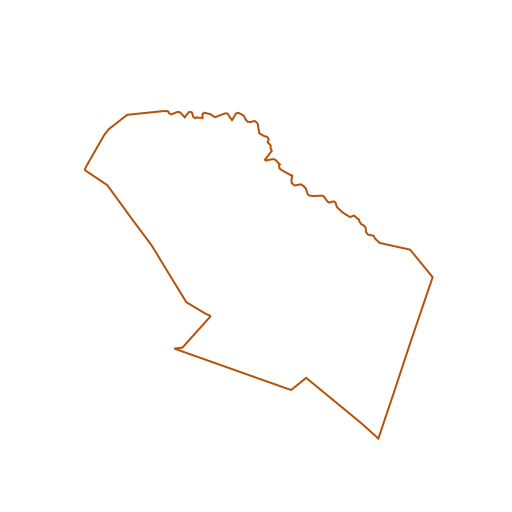 the district of Santo Domingo Tlatayápam, Oaxaca, Mexico, rotated 27°
{"feature_id": "50627088B94948121721133", "entity_name": "Santo Domingo Tlatayápam", "entity_type": "district", "adm_level": 2, "iso_a3": "MEX", "parent_name": "Mexico", "parent_adm1": "Oaxaca", "projection": "mercator", "projection_center": [-97.346, 17.402], "detail": "fine", "context": "isolated", "style": "outline", "palette": "amber", "viewbox_px": 512, "rotation_deg": 27, "n_neighbors": 0, "source": "geoboundaries", "source_scale": "gbopen_adm2", "svg_char_len": 2029}
<svg xmlns="http://www.w3.org/2000/svg" viewBox="0 0 512 512"><g transform="rotate(27 256 256)"><path d="M107.6,169.0L77.2,188.6L67.3,209.6L65.8,217.1L64.1,252.4L64.2,256.5L64.6,257.2L67.2,257.5L91.4,260.4L130.9,280.5L132.4,281.2L157.5,293.6L160.1,295.1L165.8,298.6L187.6,312.1L214.9,328.8L232.7,330.0L237.9,330.4L241.7,330.0L242.8,330.5L232.0,371.1L225.2,375.6L245.4,373.0L344.3,360.0L348.2,359.3L356.0,341.8L426.2,357.3L447.9,363.1L440.6,313.5L432.8,262.6L423.0,194.7L390.4,180.4L360.3,188.2L354.3,186.5L351.6,184.6L346.1,186.1L343.2,184.8L341.2,181.4L338.6,179.9L335.4,179.9L332.2,178.1L330.9,176.6L328.8,176.6L327.4,176.0L324.9,175.5L322.2,178.6L318.1,178.3L313.8,178.0L309.8,176.8L307.7,176.3L305.8,175.6L303.8,173.6L302.7,172.4L301.8,172.1L300.7,172.1L299.7,172.6L298.3,173.9L297.7,174.8L296.8,175.1L295.7,175.2L294.4,174.7L292.3,173.7L290.3,172.6L289.3,172.2L287.8,172.1L286.4,172.8L284.3,174.0L280.3,176.3L277.4,177.5L276.2,177.9L274.8,177.8L273.6,177.1L272.4,175.9L269.7,173.1L267.8,172.7L267.4,172.2L266.9,172.1L266.4,172.1L263.5,171.7L258.5,175.6L254.8,174.9L253.5,173.1L252.8,171.3L251.9,168.1L251.6,167.8L250.3,168.2L241.1,167.9L237.3,167.4L235.0,164.4L235.6,163.5L233.8,163.0L229.8,161.5L227.8,161.7L225.8,162.9L223.3,164.9L221.6,166.5L220.3,166.2L222.3,155.1L221.4,154.5L219.8,153.1L219.0,151.0L216.9,150.1L215.0,149.5L214.6,149.0L214.3,146.1L212.8,145.2L211.5,144.8L209.0,145.4L208.4,145.4L203.3,145.2L201.4,142.6L198.9,139.3L197.8,137.7L195.5,136.6L193.4,136.4L190.1,139.2L187.4,140.2L184.4,138.8L182.0,136.9L180.8,136.5L175.4,136.4L173.4,138.2L173.2,143.7L172.9,145.8L169.7,144.2L166.8,142.4L166.0,142.0L163.8,142.9L156.5,150.9L153.1,150.7L151.1,150.3L144.8,151.9L143.9,153.7L144.7,155.4L145.8,157.4L143.2,158.2L141.7,159.2L140.6,159.1L139.2,160.9L136.5,160.3L136.2,159.9L135.1,158.6L133.7,157.3L132.3,157.2L130.8,158.4L129.8,163.4L129.6,164.8L124.7,163.0L123.9,162.8L122.7,162.5L120.7,163.2L116.2,168.3L113.4,168.3L112.6,167.3L111.6,167.0L107.6,169.0Z" fill="none" stroke="#b45309" stroke-width="2"/></g></svg>